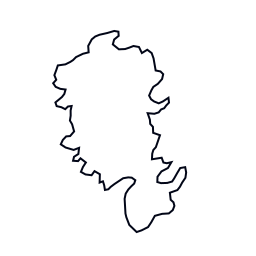 Iguatu, Paraná, Brazil (orthographic projection), rotated 143°
{"feature_id": "56859067B2553347747506", "entity_name": "Iguatu", "entity_type": "district", "adm_level": 2, "iso_a3": "BRA", "parent_name": "Brazil", "parent_adm1": "Paraná", "projection": "orthographic", "projection_center": [-53.086, -24.68], "detail": "fine", "context": "isolated", "style": "outline", "palette": "ink", "viewbox_px": 256, "rotation_deg": 143, "n_neighbors": 0, "source": "geoboundaries", "source_scale": "gbopen_adm2", "svg_char_len": 1840}
<svg xmlns="http://www.w3.org/2000/svg" viewBox="0 0 256 256"><g transform="rotate(143 128 128)"><path d="M65.7,168.2L64.0,173.6L65.5,178.9L71.8,179.5L70.5,186.1L74.3,190.2L78.6,191.4L82.8,192.8L87.9,196.3L89.8,203.9L85.8,207.0L80.0,207.2L77.7,210.7L80.6,213.8L87.3,216.3L94.6,219.6L99.1,220.8L103.6,220.6L110.4,217.5L113.9,212.1L119.3,214.4L126.8,215.9L131.0,215.3L134.3,215.5L139.7,216.5L146.4,220.2L150.0,217.7L155.0,214.5L156.3,209.7L160.8,208.8L161.0,204.4L158.5,200.0L154.7,196.3L158.4,193.5L162.1,192.5L166.0,192.3L170.6,192.1L171.8,188.4L168.7,184.7L166.8,180.8L163.0,181.3L159.8,179.5L163.3,176.5L166.4,172.3L169.9,168.9L170.4,164.6L173.1,157.7L179.1,156.4L182.4,158.5L187.2,157.7L191.5,155.4L189.6,150.0L184.6,143.2L179.0,141.6L183.3,137.1L188.4,137.5L191.6,134.9L187.8,131.6L184.2,132.4L182.4,125.8L187.4,124.0L192.0,121.3L189.9,116.5L185.5,112.2L180.7,113.7L178.3,108.0L183.5,101.5L180.1,100.5L181.5,96.6L183.7,92.4L180.6,90.9L177.2,91.4L172.5,91.4L162.1,90.8L157.5,88.4L154.9,86.1L153.6,81.9L156.5,79.9L160.4,79.5L164.8,78.7L169.3,77.0L173.3,73.5L181.5,61.2L183.0,57.8L185.3,49.8L183.7,39.7L178.8,38.1L171.6,36.8L166.2,38.7L159.4,41.7L152.4,38.9L146.8,35.2L141.6,35.5L137.8,37.9L136.4,41.3L137.1,45.0L133.5,51.1L125.9,48.7L121.9,49.8L117.6,51.8L112.1,53.7L108.3,57.5L105.9,62.3L110.4,64.6L115.6,62.5L121.6,59.9L125.0,58.7L129.7,60.5L134.8,64.1L137.1,67.2L133.8,71.3L127.4,73.2L120.2,72.0L113.9,74.6L118.2,76.5L120.5,79.1L119.0,84.0L127.7,88.6L124.1,92.9L121.0,95.2L117.3,95.9L106.8,103.0L110.8,109.0L107.4,113.9L107.8,117.9L105.5,121.5L103.4,128.0L98.4,123.5L94.1,122.0L90.4,122.9L87.2,122.0L83.9,123.0L80.0,123.6L77.5,127.8L84.2,128.2L88.6,129.2L91.2,133.5L92.3,137.1L91.6,141.2L86.7,144.0L83.0,145.6L77.6,145.3L71.3,146.6L67.5,149.8L68.0,153.6L71.3,157.3L65.7,168.2Z" fill="none" stroke="#020617" stroke-width="2"/></g></svg>